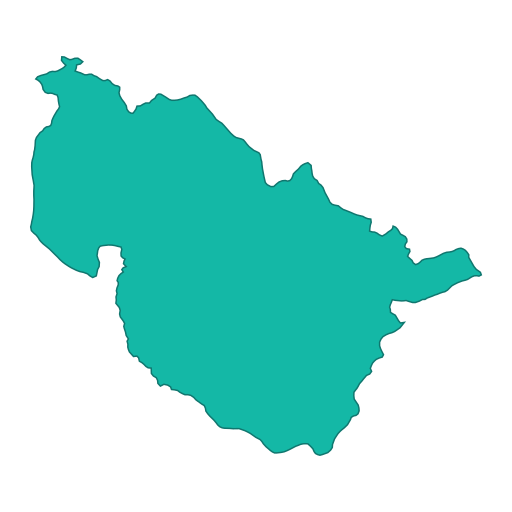 the district of Minas Novas, Minas Gerais, Brazil
{"feature_id": "56859067B75045763241857", "entity_name": "Minas Novas", "entity_type": "district", "adm_level": 2, "iso_a3": "BRA", "parent_name": "Brazil", "parent_adm1": "Minas Gerais", "projection": "mercator", "projection_center": [-42.425, -17.355], "detail": "fine", "context": "isolated", "style": "filled", "palette": "teal", "viewbox_px": 512, "rotation_deg": 0, "n_neighbors": 0, "source": "geoboundaries", "source_scale": "gbopen_adm2", "svg_char_len": 5941}
<svg xmlns="http://www.w3.org/2000/svg" viewBox="0 0 512 512"><path d="M332.5,444.5L334.5,439.0L336.2,436.3L338.0,433.6L340.1,431.3L341.9,429.7L344.3,427.8L347.5,424.7L350.4,419.7L351.2,417.4L353.6,415.9L356.0,415.4L358.0,413.8L359.1,410.9L358.9,408.0L358.2,405.1L354.2,399.1L353.8,395.8L353.9,392.3L355.5,390.1L356.9,388.4L358.2,386.2L359.5,383.7L361.9,381.0L363.6,378.8L365.0,377.2L366.5,375.4L369.7,374.0L371.6,371.4L370.3,368.4L371.4,365.5L372.6,363.0L374.4,361.0L376.2,359.4L379.2,358.0L382.2,357.1L383.5,354.7L381.7,351.2L380.5,348.6L379.6,345.8L379.6,342.1L381.0,339.1L382.9,336.7L386.0,334.8L389.0,333.5L391.9,332.7L394.6,331.5L400.0,327.8L404.3,322.4L400.4,323.0L398.5,320.7L395.3,315.2L392.8,313.8L390.5,312.4L390.3,309.3L389.6,307.2L390.3,304.7L391.4,302.2L392.3,299.7L395.2,300.3L401.4,300.9L403.7,300.8L406.1,300.5L408.5,301.3L412.6,302.5L415.4,302.5L419.4,301.1L422.4,299.5L425.0,299.4L427.2,298.0L432.6,296.0L434.6,295.1L437.2,294.3L439.8,293.2L442.7,292.2L444.9,291.7L447.5,290.1L451.7,285.9L453.7,284.7L457.6,282.7L462.0,281.0L465.2,280.2L467.6,279.4L471.8,276.8L474.3,275.8L476.9,275.7L479.0,276.1L481.3,274.9L480.4,272.3L476.3,269.4L474.0,266.6L468.7,257.3L468.8,254.8L467.1,252.3L465.3,250.3L463.2,249.0L461.0,248.2L458.6,248.6L456.1,249.5L454.1,250.7L452.1,251.5L449.7,252.0L446.6,252.3L443.3,253.4L438.8,255.8L436.5,256.9L433.8,257.9L430.1,258.4L426.4,258.8L424.2,259.3L421.9,260.3L420.4,261.9L418.3,263.6L415.6,264.6L413.2,262.9L412.0,260.4L409.8,258.5L407.6,256.4L408.5,254.0L409.9,251.5L409.5,249.2L406.3,248.6L404.7,246.6L405.4,243.9L406.9,241.8L406.8,239.1L405.3,236.7L402.9,235.3L400.5,234.1L397.6,229.3L395.6,227.2L393.1,226.1L392.5,228.6L390.8,230.3L388.3,231.9L385.8,234.0L382.2,236.1L379.1,234.7L377.1,233.2L374.6,232.1L372.0,231.9L369.6,231.1L369.9,227.9L370.3,225.2L371.2,222.3L370.8,219.1L367.9,218.7L365.4,217.8L362.9,216.4L357.0,215.0L354.3,214.0L350.7,212.4L345.7,210.4L343.2,209.5L341.0,208.0L338.3,205.8L334.5,205.1L332.1,204.3L329.9,202.2L328.6,199.3L325.0,192.7L323.0,187.6L321.0,185.1L318.7,183.5L317.1,180.5L314.3,178.7L312.7,176.1L312.1,173.4L311.8,170.8L311.4,168.6L311.1,165.4L307.9,162.7L304.9,163.7L302.9,164.7L300.8,166.2L298.4,169.1L295.5,171.7L293.4,173.9L292.7,176.2L291.6,178.7L289.8,180.6L287.6,181.1L285.2,180.5L282.1,180.8L279.0,182.0L276.5,184.0L273.8,186.5L270.8,186.6L267.2,184.7L265.3,182.5L263.9,176.4L262.5,169.0L262.0,165.0L261.7,161.8L261.0,159.2L260.2,154.6L258.9,152.8L253.8,150.4L249.1,146.7L247.0,144.3L245.0,141.7L243.4,139.9L241.5,139.0L236.0,137.5L233.6,135.9L230.7,133.2L223.7,125.2L221.8,123.2L218.9,121.4L216.1,119.4L212.5,114.2L206.7,107.8L205.3,105.4L203.4,103.1L201.3,100.7L197.4,96.9L195.0,95.2L192.8,95.1L189.8,95.5L187.3,97.0L183.7,98.1L180.8,99.2L177.5,100.0L174.4,100.3L171.7,100.3L169.3,99.5L165.7,97.1L160.9,94.2L158.6,94.0L156.7,95.2L155.1,98.1L151.5,100.5L149.5,103.0L145.7,103.0L143.0,104.3L140.4,105.9L137.0,106.1L136.0,109.1L134.3,111.6L132.9,113.3L130.8,113.1L128.7,111.8L126.9,109.3L126.3,105.9L124.3,102.6L121.7,99.2L119.8,95.8L119.0,92.8L119.7,89.7L119.7,87.2L117.9,86.0L114.8,85.4L112.1,83.6L110.0,81.0L107.6,79.6L105.2,80.6L102.9,80.6L100.7,79.4L98.5,78.0L96.6,76.6L94.0,75.7L91.6,74.2L89.3,74.2L86.9,74.8L84.7,74.8L80.6,72.9L78.0,72.1L75.1,71.0L76.3,67.9L76.6,64.9L80.4,64.0L82.8,61.7L80.4,59.9L77.9,58.2L74.8,58.3L71.9,59.4L69.8,59.7L67.3,58.6L64.4,57.0L61.8,56.8L61.5,60.4L63.7,63.2L65.9,65.2L64.1,67.2L62.1,68.6L57.5,71.0L55.1,71.6L52.3,71.4L49.5,72.1L46.7,73.9L40.8,75.5L37.6,76.8L35.8,79.0L38.0,80.2L40.0,81.9L41.8,84.4L42.6,86.7L43.1,89.4L45.2,92.3L48.0,93.4L50.3,93.1L52.5,93.4L54.8,94.4L57.1,95.0L58.1,97.6L58.4,101.0L59.0,104.3L59.6,106.7L58.5,109.0L57.0,110.9L54.0,116.0L52.8,118.5L51.9,120.7L51.6,123.2L50.7,125.5L48.8,126.5L46.4,126.9L44.2,128.5L42.6,130.9L40.1,132.6L36.5,137.4L35.4,140.3L35.1,145.7L34.6,149.8L34.0,152.0L33.8,154.5L33.1,157.6L32.3,160.2L31.8,162.7L31.7,166.6L32.2,174.7L32.8,178.1L33.3,180.6L33.7,183.2L34.1,185.3L34.0,187.7L33.8,191.1L33.8,195.1L34.0,199.5L33.9,206.7L33.7,210.5L33.3,214.0L32.6,218.3L31.8,221.6L31.4,224.1L30.7,226.9L31.4,230.6L33.9,233.2L36.2,235.1L38.1,237.5L39.5,239.9L41.0,241.7L43.1,243.8L49.5,249.0L54.7,254.2L57.6,257.0L60.0,259.6L62.9,262.2L65.0,263.8L69.1,266.5L71.5,267.9L76.4,270.3L79.9,271.6L83.3,272.3L87.5,273.8L89.8,275.8L92.7,277.5L96.3,275.9L97.6,269.5L99.1,266.6L99.4,262.4L98.0,259.0L97.0,255.6L97.4,253.2L97.7,250.7L98.7,247.9L100.1,246.2L102.8,245.6L108.4,245.0L112.0,245.1L115.1,245.6L118.1,246.4L121.0,247.0L121.8,249.4L121.0,252.9L121.1,256.0L122.7,257.8L125.1,259.0L124.1,260.9L123.5,263.7L126.2,266.6L123.2,267.8L121.8,269.6L123.3,272.0L120.9,273.7L119.0,275.6L117.7,278.3L117.1,280.7L118.3,282.5L118.2,284.9L117.0,287.9L116.4,290.8L117.1,293.6L116.0,296.9L116.3,300.0L115.9,303.3L119.3,307.5L120.2,310.4L119.6,314.0L120.3,316.9L123.3,321.0L124.6,323.4L123.8,326.4L124.4,328.7L125.5,332.0L126.2,335.5L128.4,338.9L127.1,341.2L127.9,344.3L127.8,347.1L128.4,349.4L129.4,351.9L133.5,356.5L136.9,356.1L138.6,357.8L139.4,361.2L142.0,362.7L144.0,364.4L145.9,366.4L148.1,367.8L151.2,368.1L151.4,373.5L153.4,376.0L156.3,377.7L157.6,380.4L157.9,383.4L160.4,386.1L163.9,384.3L167.7,385.1L170.6,386.9L171.5,389.5L174.5,389.8L177.6,390.5L179.8,392.2L182.4,393.6L184.9,394.7L187.8,394.7L190.7,395.3L193.8,397.4L195.8,399.7L197.8,401.2L202.0,404.2L204.2,405.5L205.4,408.1L205.9,411.1L207.7,413.7L209.8,416.1L213.8,420.0L216.1,422.7L217.7,424.9L219.7,426.7L222.1,427.8L224.3,428.2L229.9,428.4L233.1,428.7L239.1,428.6L245.0,430.7L247.9,432.1L250.3,433.4L255.8,437.3L260.2,439.6L261.9,441.5L263.3,443.7L266.0,446.7L268.6,448.9L270.4,450.5L272.4,451.9L274.5,452.9L276.8,452.9L281.1,452.4L284.1,451.8L286.9,450.7L289.7,449.4L295.8,446.2L297.8,445.5L300.7,444.3L303.1,443.8L305.3,443.7L307.8,443.8L310.4,446.1L312.9,448.8L314.1,451.6L315.5,453.5L317.7,454.6L319.9,455.2L322.2,454.6L327.8,452.6L330.6,450.1L332.3,447.5L332.5,444.5Z" fill="#14b8a6" stroke="#0f766e" stroke-width="1.5"/></svg>